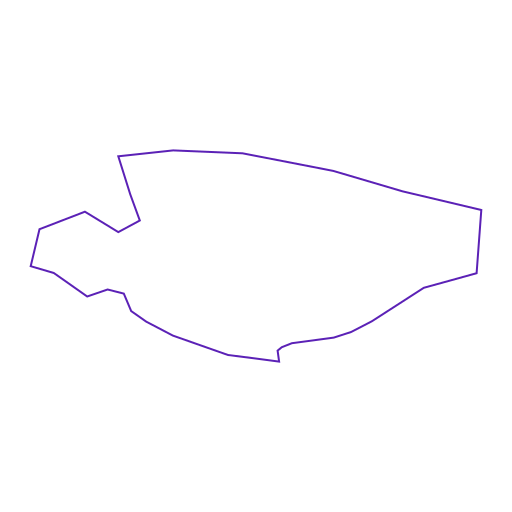 the Municipality of Baldones
{"feature_id": "LVA-5757", "entity_name": "Baldones", "entity_type": "Municipality", "adm_level": 1, "iso_a3": "LVA", "parent_name": "Latvia", "parent_adm1": "", "projection": "equal_earth", "projection_center": [24.338, 56.724], "detail": "fine", "context": "isolated", "style": "outline", "palette": "violet", "viewbox_px": 512, "rotation_deg": 0, "n_neighbors": 0, "source": "natural_earth", "source_scale": "10m", "svg_char_len": 494}
<svg xmlns="http://www.w3.org/2000/svg" viewBox="0 0 512 512"><path d="M481.3,210.0L476.6,273.2L423.8,287.8L371.8,321.3L351.1,332.0L333.8,337.6L291.9,343.2L281.8,347.2L277.6,350.6L279.1,361.6L254.1,358.3L228.0,355.0L172.9,335.6L146.3,321.7L131.2,311.1L123.8,293.6L107.6,289.5L87.2,296.5L53.8,273.0L30.7,266.2L39.5,229.2L84.9,211.7L118.3,232.1L139.8,220.5L130.2,194.2L118.3,156.3L173.2,150.4L242.5,153.3L333.2,170.9L402.4,191.3L481.3,210.0Z" fill="none" stroke="#5b21b6" stroke-width="2"/></svg>